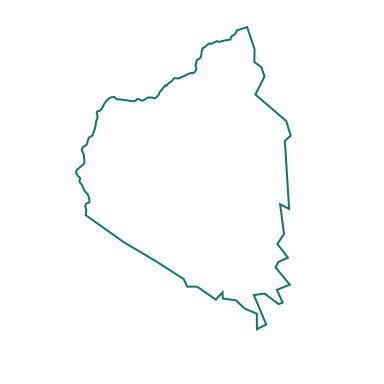 Cocke, Tennessee, United States of America, rotated 167°
{"feature_id": "52423323B93149818401656", "entity_name": "Cocke", "entity_type": "district", "adm_level": 2, "iso_a3": "USA", "parent_name": "United States of America", "parent_adm1": "Tennessee", "projection": "robinson", "projection_center": [-83.077, 35.947], "detail": "fine", "context": "isolated", "style": "outline", "palette": "teal", "viewbox_px": 384, "rotation_deg": 167, "n_neighbors": 0, "source": "geoboundaries", "source_scale": "gbopen_adm2", "svg_char_len": 1872}
<svg xmlns="http://www.w3.org/2000/svg" viewBox="0 0 384 384"><g transform="rotate(167 192 192)"><path d="M300.8,193.4L269.8,158.5L243.4,133.3L219.7,109.1L217.8,100.8L208.3,98.6L193.0,81.8L184.8,87.4L186.0,81.3L173.5,76.5L166.8,66.5L156.2,58.8L159.6,43.7L149.5,46.3L154.9,77.7L144.2,76.7L132.7,63.2L128.6,63.9L131.3,77.6L117.6,79.7L127.5,99.8L123.5,104.5L113.3,106.4L120.5,122.2L111.8,130.4L108.9,160.2L101.2,153.7L90.0,221.0L83.2,224.6L84.2,239.9L108.3,272.7L95.4,288.3L96.3,297.8L102.0,304.7L98.9,317.1L101.2,340.3L112.3,339.3L112.3,338.6L114.5,336.3L118.6,334.6L119.3,333.9L120.1,331.9L124.7,332.3L129.6,332.3L131.0,332.0L132.6,332.6L133.9,333.4L139.6,332.0L141.5,332.8L142.5,332.7L147.7,330.0L149.2,329.9L151.1,326.4L151.7,324.2L153.5,321.0L156.5,319.7L157.4,319.6L160.2,314.2L159.9,311.6L160.1,310.8L161.9,308.7L163.2,307.7L165.9,308.1L169.0,308.1L169.6,307.6L179.8,305.7L183.8,306.9L187.2,304.3L188.9,303.9L191.9,302.3L192.0,301.8L193.2,301.3L194.3,301.5L194.3,301.4L194.3,301.5L195.9,300.6L201.8,295.8L202.3,294.5L205.7,292.1L208.2,291.8L209.1,292.9L213.5,293.9L214.8,293.8L216.5,292.9L219.4,292.1L221.6,293.2L222.8,294.4L224.0,294.7L224.7,294.7L226.4,293.8L228.1,293.4L240.7,298.2L244.1,299.1L246.5,302.1L249.5,302.5L251.5,302.0L255.7,299.4L258.7,296.5L260.8,293.8L263.3,292.0L266.2,291.8L266.9,290.7L267.2,290.0L266.9,288.5L267.5,285.1L269.0,283.3L270.4,280.4L270.6,279.2L272.6,275.2L276.0,269.8L276.9,269.2L280.3,268.1L282.5,264.6L283.3,262.4L285.5,261.0L287.7,260.5L289.4,259.0L290.0,257.0L289.0,253.0L289.8,247.0L290.4,244.8L291.4,243.5L299.4,239.4L300.2,238.1L300.5,236.2L300.2,234.7L299.5,233.2L298.0,231.2L298.1,229.8L299.1,228.2L299.1,226.5L297.7,223.9L296.4,217.3L293.9,212.6L293.7,208.3L294.0,205.6L294.4,204.9L296.7,204.7L298.2,203.9L298.8,203.0L299.2,202.0L299.1,198.0L300.8,193.4L300.8,193.4Z" fill="none" stroke="#0f766e" stroke-width="2"/></g></svg>